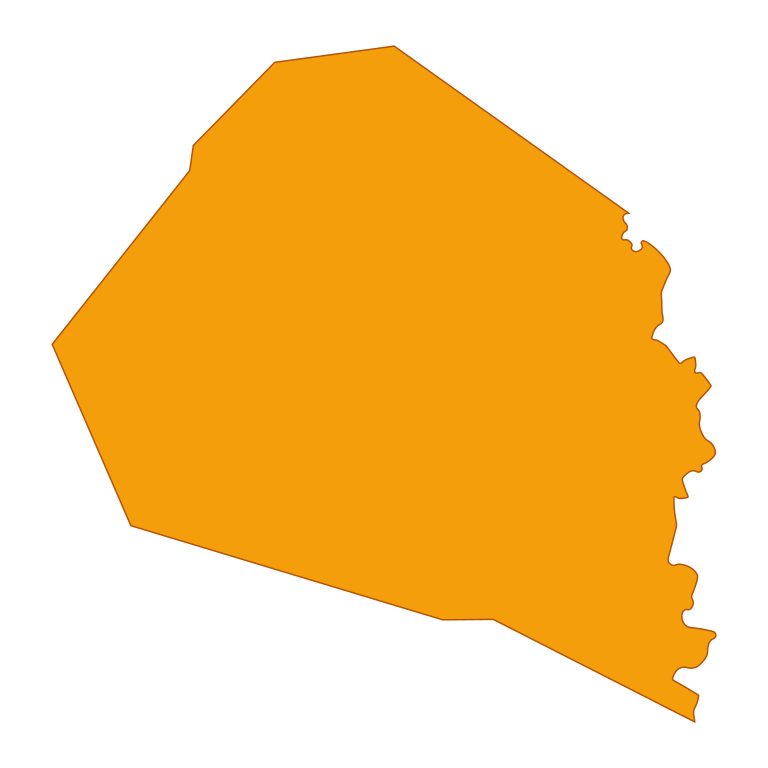 Candelaria, Lempira, Honduras (orthographic projection)
{"feature_id": "27666195B3501505273689", "entity_name": "Candelaria", "entity_type": "district", "adm_level": 2, "iso_a3": "HND", "parent_name": "Honduras", "parent_adm1": "Lempira", "projection": "orthographic", "projection_center": [-88.523, 14.054], "detail": "fine", "context": "isolated", "style": "filled", "palette": "amber", "viewbox_px": 768, "rotation_deg": 0, "n_neighbors": 0, "source": "geoboundaries", "source_scale": "gbopen_adm2", "svg_char_len": 6129}
<svg xmlns="http://www.w3.org/2000/svg" viewBox="0 0 768 768"><path d="M130.9,525.7L442.7,619.8L493.3,619.4L694.7,721.9L694.4,718.8L693.8,715.3L693.6,714.1L693.6,712.3L693.7,711.0L693.9,710.0L694.2,709.0L694.5,708.4L695.6,706.2L696.2,704.9L696.8,703.5L697.3,702.0L697.9,699.5L698.3,697.6L698.7,695.7L698.6,695.4L698.3,695.0L698.0,694.8L690.7,690.4L683.5,686.1L675.9,681.8L673.4,680.4L672.9,679.9L672.7,679.4L672.6,678.8L672.6,678.1L673.1,676.6L673.9,674.7L674.7,673.2L675.6,671.8L676.4,670.7L677.4,669.7L678.3,669.0L679.5,668.3L680.9,667.7L681.9,667.4L683.0,667.2L684.1,667.1L685.9,667.3L688.2,667.8L689.9,668.1L691.7,668.2L693.5,667.9L695.0,667.6L696.0,667.2L696.8,666.8L697.8,666.2L698.7,665.6L700.0,664.4L702.1,662.3L704.6,659.3L705.6,657.8L706.5,656.1L707.1,654.5L707.4,652.8L707.6,651.4L707.7,648.5L708.0,646.3L708.6,644.2L709.4,642.3L709.9,641.6L710.4,640.9L710.9,640.3L711.6,639.7L712.7,639.0L714.3,638.2L715.0,637.7L715.5,636.9L715.7,636.3L715.8,635.6L715.8,634.8L715.5,633.7L715.1,633.1L714.8,632.6L714.4,632.2L714.1,632.0L713.1,631.6L711.2,631.0L705.4,629.8L701.2,628.9L698.3,628.5L691.5,627.7L688.7,627.1L687.9,626.8L687.1,626.5L686.0,625.7L685.3,625.2L684.8,624.6L683.9,623.4L683.2,622.2L682.7,620.9L682.2,619.5L682.0,618.4L681.9,617.2L681.8,615.7L682.0,614.3L682.3,613.1L682.7,612.1L683.3,611.1L684.0,610.3L684.9,609.8L685.6,609.6L686.4,609.5L687.0,609.5L687.9,609.7L688.8,609.7L689.7,609.4L690.4,609.0L690.9,608.5L691.7,607.5L692.3,606.5L692.7,605.5L693.0,604.6L693.2,603.7L693.2,603.0L693.2,602.1L693.1,601.2L692.9,600.5L692.5,599.6L692.0,598.6L691.7,597.9L691.6,596.9L691.6,595.9L691.8,595.1L692.3,593.9L693.9,590.0L694.9,587.3L695.9,584.2L696.7,581.8L697.2,579.6L697.5,577.6L697.6,576.6L697.4,575.5L697.0,574.4L696.5,573.5L695.7,572.2L694.5,570.9L693.7,570.0L692.3,568.9L690.6,567.7L689.7,567.2L687.7,566.3L685.2,565.3L682.9,564.7L680.6,564.3L678.9,564.2L677.5,564.4L676.2,564.8L675.0,565.2L674.0,565.4L673.0,565.4L672.1,565.1L671.3,564.8L670.3,564.1L669.7,563.5L669.1,562.8L668.6,562.0L668.2,561.0L668.1,560.2L668.1,559.4L668.2,558.3L675.9,528.7L676.2,527.4L676.4,526.3L676.5,524.6L676.4,522.9L676.2,521.8L675.6,518.7L675.0,515.1L674.5,511.5L674.2,507.9L673.9,502.4L673.9,498.5L673.9,497.5L674.1,497.2L674.5,496.8L674.8,496.6L675.4,496.6L675.9,496.8L676.8,497.4L677.4,497.8L678.4,498.1L679.4,498.4L681.0,498.5L683.0,498.3L684.9,498.0L686.2,497.7L687.7,497.4L687.8,497.3L688.0,497.0L687.9,496.0L687.6,495.0L686.3,492.2L685.4,489.9L683.9,485.5L683.1,482.8L682.5,480.9L682.3,479.6L682.3,479.0L682.6,478.1L682.9,477.5L683.9,476.4L685.9,474.4L687.4,473.2L688.9,472.1L690.0,471.5L690.7,471.2L691.5,470.9L692.2,470.8L693.0,470.7L694.0,470.8L694.7,470.9L695.5,471.1L697.0,471.8L697.8,472.0L698.2,472.1L698.8,472.1L699.6,471.9L699.9,471.8L700.6,471.3L701.1,471.0L701.6,470.3L701.9,469.7L702.1,469.1L702.1,468.5L702.0,467.8L701.5,466.8L701.4,466.2L701.5,465.6L701.8,465.0L702.3,464.5L703.1,464.0L705.4,463.1L707.0,462.2L708.7,461.1L711.2,459.1L713.0,457.4L713.9,456.3L714.7,455.0L715.0,454.4L715.2,453.7L715.4,452.7L715.4,452.0L715.2,450.9L715.0,449.9L714.6,448.8L714.2,447.8L713.8,446.7L713.0,445.5L711.9,444.0L710.8,442.8L709.3,441.7L707.8,440.7L706.8,440.1L705.8,439.2L704.9,438.2L703.9,437.0L702.9,435.3L701.9,433.3L701.0,431.3L700.3,429.4L699.8,427.6L699.5,426.2L699.3,424.7L699.3,423.5L699.4,422.3L700.0,419.1L700.2,417.3L700.1,415.2L699.8,413.2L699.5,412.1L699.1,411.0L698.3,409.8L697.1,408.5L696.8,408.1L696.5,407.5L696.3,406.6L696.3,406.1L696.4,405.4L696.7,404.3L696.9,403.7L697.6,402.3L698.7,400.5L699.7,399.3L701.0,397.7L705.4,393.1L708.4,389.7L710.8,386.5L710.9,386.2L711.0,385.8L710.8,385.4L709.6,383.5L706.4,379.1L703.5,375.4L701.5,373.2L700.9,372.8L700.5,372.7L699.6,372.5L698.9,372.5L698.5,372.6L697.5,373.1L697.2,373.2L696.5,373.2L696.1,373.1L695.6,372.8L695.2,372.4L695.0,372.1L694.8,371.7L694.7,371.2L694.7,370.2L694.8,369.5L695.3,368.3L695.6,367.2L695.8,365.9L695.8,364.8L695.6,362.4L695.3,359.8L694.9,357.7L694.8,357.4L694.6,357.3L694.3,357.1L694.1,357.1L693.3,357.1L690.9,357.9L687.3,359.1L685.6,359.9L684.0,360.8L682.7,361.8L681.0,363.3L680.6,363.4L680.3,363.4L679.9,363.4L679.5,363.3L679.2,363.1L678.6,362.3L674.4,356.9L667.8,348.1L666.4,346.3L665.8,345.7L665.1,345.1L662.8,343.6L658.2,340.8L657.3,340.4L656.4,340.1L655.8,340.0L654.1,339.8L653.6,339.6L653.0,339.4L652.5,339.1L652.1,338.7L651.9,338.4L651.7,338.0L651.8,337.4L652.7,334.4L653.1,333.1L653.9,331.2L654.4,330.1L655.0,329.0L656.2,327.4L657.6,325.9L659.0,324.8L661.0,323.6L661.6,323.0L661.9,322.6L662.4,321.9L662.7,321.2L662.9,320.7L663.0,319.6L662.9,317.5L662.7,316.0L662.2,313.5L661.9,311.3L661.7,301.4L661.3,294.0L661.4,292.1L661.6,291.4L663.7,286.0L665.9,280.6L667.4,277.2L669.1,274.1L669.7,272.7L670.1,271.6L670.3,270.8L670.4,269.7L670.3,268.9L670.0,267.8L669.4,266.2L668.8,264.9L668.1,263.6L666.7,261.5L665.0,259.0L662.6,255.9L661.2,254.3L657.7,250.7L654.9,248.1L651.2,245.2L647.8,242.7L646.9,242.2L645.8,241.6L644.8,241.2L643.6,240.9L643.2,240.8L642.8,240.9L642.4,241.0L642.0,241.3L641.7,241.6L641.4,241.9L641.3,242.3L641.2,243.0L641.2,243.4L641.4,243.8L641.9,244.6L642.1,245.1L642.3,246.1L642.3,246.7L642.3,247.3L642.0,248.0L641.7,248.5L641.2,249.2L640.4,249.8L639.4,250.5L638.3,251.1L637.5,251.4L636.8,251.6L636.1,251.7L635.3,251.6L634.3,251.4L633.2,250.9L632.3,250.2L631.9,249.7L631.7,249.4L631.4,248.6L631.3,247.8L631.4,247.2L631.8,246.2L631.9,245.8L632.0,245.2L631.9,244.5L631.8,244.1L631.5,243.5L630.7,242.5L630.0,241.8L628.7,240.7L628.2,240.4L627.5,240.1L626.7,239.8L625.9,239.7L625.3,239.8L624.1,239.9L623.5,239.9L623.1,239.7L622.7,239.6L622.1,239.0L621.9,238.6L621.7,238.0L621.6,237.7L621.6,237.1L622.0,235.7L622.6,234.3L623.3,233.2L623.9,232.4L624.8,231.6L626.0,230.9L626.6,230.3L626.9,229.8L627.1,229.3L627.3,228.7L627.4,228.0L627.3,227.3L627.2,226.4L627.1,225.7L626.8,225.0L626.2,224.1L625.9,223.7L624.9,222.7L624.5,222.1L624.0,221.3L623.6,220.4L623.3,219.3L623.0,218.0L623.0,217.4L623.1,216.6L623.4,215.9L623.8,215.2L624.3,214.7L625.1,214.1L625.8,213.8L626.5,213.5L627.7,213.3L628.7,213.2L394.1,46.1L274.8,62.3L193.3,145.5L189.7,170.6L52.2,344.3L130.9,525.7Z" fill="#f59e0b" stroke="#b45309" stroke-width="1.5"/></svg>